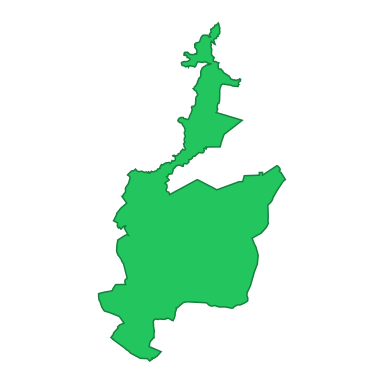 outline of Timilpan, México, Mexico
{"feature_id": "50627088B71429046090456", "entity_name": "Timilpan", "entity_type": "district", "adm_level": 2, "iso_a3": "MEX", "parent_name": "Mexico", "parent_adm1": "México", "projection": "orthographic", "projection_center": [-99.714, 19.922], "detail": "fine", "context": "isolated", "style": "filled", "palette": "green", "viewbox_px": 384, "rotation_deg": 0, "n_neighbors": 0, "source": "geoboundaries", "source_scale": "gbopen_adm2", "svg_char_len": 5955}
<svg xmlns="http://www.w3.org/2000/svg" viewBox="0 0 384 384"><path d="M98.6,293.6L98.6,296.2L99.1,300.3L99.8,301.0L101.9,307.3L103.7,310.2L104.6,311.1L109.4,312.5L119.4,316.5L124.0,323.2L119.8,324.8L117.6,326.9L118.0,328.0L113.5,333.0L113.5,334.1L110.9,337.6L113.1,339.0L112.8,339.3L113.2,339.6L124.1,347.6L126.9,350.0L128.5,350.9L130.6,353.2L140.3,358.3L147.5,358.7L149.6,361.0L152.4,359.1L152.5,358.8L152.2,358.0L154.1,358.1L157.1,356.1L161.1,351.7L149.2,346.6L149.9,342.4L151.6,339.9L152.3,339.5L152.9,338.1L153.9,338.0L154.1,337.6L153.9,334.7L154.3,330.9L153.6,327.0L153.3,321.1L154.5,319.5L155.2,319.0L158.2,319.5L159.5,319.0L164.0,319.4L166.3,318.8L166.2,318.5L166.6,318.3L167.8,318.3L169.1,318.5L172.0,320.4L173.2,320.6L173.2,320.0L174.3,318.2L175.0,315.7L175.3,312.4L176.3,309.6L176.3,307.9L176.8,308.1L183.5,302.5L185.2,302.1L187.4,301.8L206.5,302.8L209.1,305.2L210.9,306.0L212.2,306.1L214.7,305.5L217.6,306.6L220.1,307.0L225.1,306.9L231.8,308.2L233.1,308.0L234.1,306.7L236.9,305.2L238.2,304.8L240.1,305.0L243.7,303.4L246.4,301.9L247.7,300.8L247.8,297.8L246.9,295.9L247.1,292.8L250.5,285.5L254.3,272.1L257.3,264.2L258.2,255.3L256.0,247.2L254.2,243.7L252.1,238.2L261.2,233.1L266.4,227.3L268.4,223.3L268.0,221.6L268.2,217.1L267.9,205.1L270.7,202.4L272.4,199.9L273.4,196.5L273.7,196.5L277.0,190.6L282.3,182.6L283.4,181.1L285.4,179.6L280.9,172.4L279.3,171.4L279.3,170.8L280.0,170.2L280.1,169.0L279.6,168.0L277.8,166.0L276.9,165.7L262.6,175.1L262.5,172.4L259.3,172.5L259.4,175.2L244.3,175.7L242.7,181.6L239.0,181.7L216.9,189.8L197.3,179.6L169.6,194.6L168.9,192.2L167.0,191.5L166.4,190.9L166.1,189.7L167.1,187.5L166.9,185.0L166.7,184.4L165.0,183.4L165.9,182.2L168.8,180.5L169.2,179.9L166.5,176.7L168.0,176.1L168.2,174.7L168.6,174.1L169.9,174.3L170.4,173.9L172.0,173.7L173.1,170.6L173.2,168.9L174.2,168.4L174.4,167.8L175.0,167.6L175.4,166.6L178.3,165.0L180.7,165.4L182.4,166.4L183.3,166.2L183.4,164.2L184.5,163.6L186.7,163.9L187.6,163.4L188.9,162.0L188.8,159.6L190.3,159.6L191.2,159.1L192.2,158.2L193.0,156.4L195.1,156.1L197.6,153.6L199.3,152.5L201.9,153.0L203.5,152.5L204.3,150.5L203.8,149.3L203.9,148.4L205.2,148.3L206.0,149.1L206.7,147.8L206.2,147.0L220.2,146.9L221.3,142.3L224.1,134.4L242.2,120.3L216.2,112.5L217.4,110.3L217.7,108.8L217.0,108.0L217.6,104.4L218.0,103.4L218.9,103.3L219.6,100.4L219.8,89.3L221.2,85.1L222.5,84.2L223.8,84.1L228.5,84.9L230.0,84.9L232.6,86.0L238.1,86.5L238.4,85.0L238.8,84.7L238.4,84.6L238.5,82.8L239.0,82.0L240.4,81.0L240.6,79.2L239.6,78.9L239.6,79.6L237.8,79.8L236.0,80.5L234.9,79.8L233.7,80.1L231.7,79.2L230.8,79.1L229.4,76.4L223.4,72.5L222.7,70.9L221.7,70.2L221.3,69.2L218.8,68.9L218.3,67.5L218.1,63.9L218.9,63.0L219.5,62.9L216.7,62.3L215.8,61.5L214.5,61.6L213.4,61.2L213.2,59.9L214.2,57.6L214.0,57.3L213.6,57.7L213.4,57.6L212.6,56.0L211.7,55.1L211.4,53.1L211.8,49.2L211.1,47.9L211.0,46.0L211.3,44.8L210.8,43.1L211.2,41.6L211.5,41.3L213.6,43.5L215.1,44.3L213.6,40.0L214.5,38.8L216.3,38.5L216.7,36.9L218.1,36.2L217.7,35.8L218.0,35.0L219.5,33.8L219.9,31.6L219.6,30.4L219.8,28.3L219.6,27.2L219.1,26.7L219.0,24.9L218.3,23.0L216.3,25.1L215.1,25.1L214.2,26.9L212.9,27.8L212.3,28.6L210.7,29.3L211.1,32.3L210.4,32.8L209.3,34.6L210.5,37.0L208.9,37.0L207.7,35.3L203.6,35.1L202.8,35.4L202.7,36.0L202.2,36.0L201.2,37.2L199.6,41.6L198.4,42.4L195.9,43.0L195.0,43.7L194.7,44.4L195.3,44.9L194.8,44.9L194.8,47.4L196.3,49.2L197.0,51.0L196.6,53.9L196.1,54.2L195.4,53.6L194.2,54.5L192.7,54.6L189.8,54.4L187.6,52.2L185.7,52.3L185.0,53.3L184.6,52.6L184.2,53.0L183.9,55.1L185.1,55.5L186.5,55.5L187.3,56.8L187.1,57.5L188.8,57.9L190.0,59.0L190.0,59.8L188.1,61.2L185.5,61.7L184.7,61.5L183.2,61.7L183.0,62.1L181.6,62.4L181.4,63.6L182.1,65.4L184.3,65.9L185.8,66.9L186.9,66.3L188.1,66.3L188.5,67.3L189.4,65.7L193.6,66.4L194.7,67.1L195.9,65.7L196.9,62.9L197.8,61.8L203.3,62.5L204.8,61.6L206.1,62.2L206.9,62.2L207.1,62.8L208.5,63.5L210.5,63.5L210.8,63.8L209.9,64.4L209.1,64.3L208.6,64.9L207.9,64.6L206.9,65.2L206.2,65.1L204.9,66.3L203.6,66.8L201.9,68.5L202.0,69.0L201.0,70.7L200.7,72.3L200.8,75.7L199.8,77.9L198.8,78.3L198.5,78.9L198.6,79.4L197.3,82.1L197.6,83.0L196.5,84.2L195.9,85.7L194.4,86.9L194.1,88.3L193.2,88.6L194.7,90.3L196.1,91.0L197.7,94.8L197.2,95.9L196.1,97.0L195.8,98.2L195.5,104.6L194.2,106.2L193.4,106.6L192.2,106.2L191.7,106.8L191.5,107.3L192.2,110.0L191.6,111.3L191.6,112.1L189.9,115.3L188.9,118.3L187.9,119.5L183.9,118.5L183.1,117.4L181.7,117.6L180.9,117.4L179.2,118.3L177.9,120.2L177.9,120.9L179.6,122.5L181.8,123.1L182.3,123.5L182.3,124.6L184.1,126.9L185.3,130.5L184.3,132.3L184.5,134.4L185.3,135.9L185.3,136.9L184.6,137.5L184.2,139.4L184.4,141.4L185.0,142.2L183.5,143.9L184.1,145.4L184.3,147.0L185.3,148.1L185.1,149.7L184.2,150.0L182.6,149.2L182.4,149.8L180.7,151.3L180.3,153.1L178.3,153.8L178.0,154.6L176.8,155.6L175.8,155.9L174.2,155.3L172.8,155.6L173.0,156.1L175.1,156.9L175.4,157.2L175.2,160.1L174.7,160.7L173.3,161.0L172.1,160.5L170.9,162.9L170.3,163.4L169.3,162.5L168.6,162.5L165.5,163.0L162.6,164.9L161.5,164.5L159.9,167.2L160.1,168.3L157.8,169.0L156.6,170.7L154.5,171.3L153.7,171.9L152.9,172.0L151.5,171.2L150.9,172.0L149.8,172.4L149.6,172.7L150.0,172.9L149.5,173.2L149.1,173.1L149.1,172.1L148.5,171.7L147.4,172.8L146.2,171.8L145.1,172.5L143.6,171.9L143.3,172.0L141.9,171.2L138.3,171.6L137.0,170.8L135.5,169.1L134.0,170.5L131.4,171.1L127.7,174.7L127.5,175.0L128.9,175.8L129.8,176.9L130.1,178.0L128.4,183.6L125.6,187.6L125.3,189.4L125.6,190.7L125.4,192.2L123.3,194.6L123.0,196.0L121.9,196.3L126.7,203.1L120.9,208.1L117.2,212.7L116.6,213.5L116.6,214.7L113.5,220.8L117.3,222.7L117.5,224.5L117.3,226.0L117.8,227.1L118.7,228.0L119.5,227.3L120.7,229.1L121.6,228.8L122.7,226.8L125.4,225.8L125.8,226.1L124.2,228.0L128.2,235.1L127.2,234.7L125.3,235.2L117.8,240.0L117.0,244.6L116.6,250.4L116.9,252.2L117.9,254.9L120.9,258.8L122.0,261.6L123.6,264.0L127.2,278.4L125.4,279.5L124.9,280.8L124.8,281.9L125.6,284.4L115.7,284.6L113.4,288.0L112.0,290.8L103.7,292.3L98.6,293.6Z" fill="#22c55e" stroke="#15803d" stroke-width="1.5"/></svg>